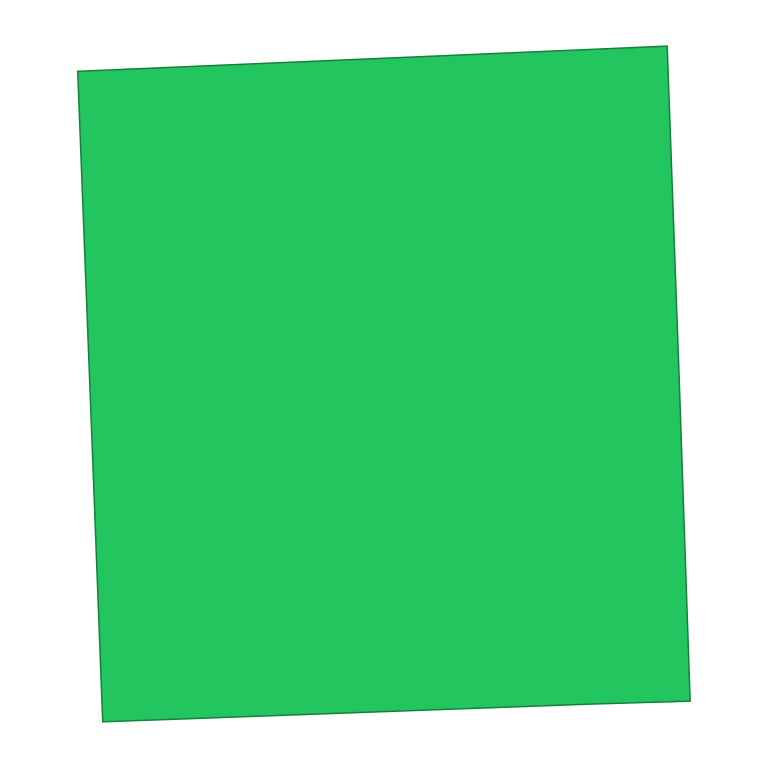 Floyd, Texas, United States of America (Albers equal-area conic projection), rotated 178°
{"feature_id": "52423323B99276961620993", "entity_name": "Floyd", "entity_type": "district", "adm_level": 2, "iso_a3": "USA", "parent_name": "United States of America", "parent_adm1": "Texas", "projection": "albers", "projection_center": [-101.357, 34.071], "detail": "fine", "context": "isolated", "style": "filled", "palette": "green", "viewbox_px": 768, "rotation_deg": 178, "n_neighbors": 0, "source": "geoboundaries", "source_scale": "gbopen_adm2", "svg_char_len": 260}
<svg xmlns="http://www.w3.org/2000/svg" viewBox="0 0 768 768"><g transform="rotate(178 384 384)"><path d="M89.2,711.8L679.2,707.2L677.7,303.2L676.9,56.2L193.9,56.9L89.1,56.4L88.8,380.4L89.2,711.8Z" fill="#22c55e" stroke="#15803d" stroke-width="1.5"/></g></svg>